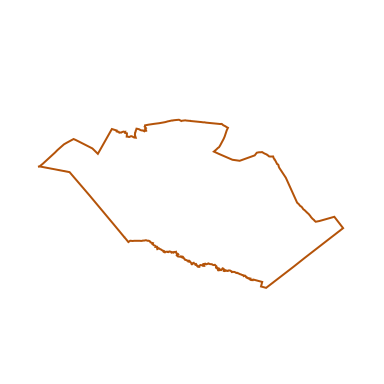 the district of Kajiado West, Rift Valley, Kenya, rotated 285°
{"feature_id": "3690345B61385295322660", "entity_name": "Kajiado West", "entity_type": "district", "adm_level": 2, "iso_a3": "KEN", "parent_name": "Kenya", "parent_adm1": "Rift Valley", "projection": "equal_earth", "projection_center": [36.295, -1.696], "detail": "fine", "context": "isolated", "style": "outline", "palette": "amber", "viewbox_px": 384, "rotation_deg": 285, "n_neighbors": 0, "source": "geoboundaries", "source_scale": "gbopen_adm2", "svg_char_len": 5957}
<svg xmlns="http://www.w3.org/2000/svg" viewBox="0 0 384 384"><g transform="rotate(285 192 192)"><path d="M263.3,210.1L263.7,208.4L264.1,207.4L264.6,204.9L265.2,203.6L265.4,203.3L265.4,202.8L265.2,202.2L265.0,201.9L264.6,199.4L263.5,192.8L262.6,187.3L262.6,186.7L262.6,186.2L262.4,185.7L262.1,184.2L262.0,183.1L260.2,172.2L260.3,172.0L260.2,171.8L259.5,167.8L259.5,167.0L258.2,163.8L257.8,163.3L257.9,163.1L258.3,161.3L258.4,160.7L257.5,158.2L256.4,155.4L256.0,154.9L256.0,154.3L254.8,152.0L254.4,151.3L254.0,150.4L252.6,148.1L251.5,145.8L251.0,144.7L250.0,142.6L248.0,137.7L245.7,132.4L244.2,129.4L243.4,129.6L242.8,129.4L242.2,130.3L242.1,130.6L241.8,131.0L240.8,130.3L240.6,130.3L240.4,130.5L240.2,131.1L239.8,131.7L239.3,131.9L239.2,131.7L239.2,131.0L239.1,130.7L238.5,130.5L238.3,130.3L238.5,129.9L238.5,129.1L238.8,128.8L238.5,127.6L238.4,127.3L238.5,126.0L238.9,124.9L238.9,122.8L238.8,122.0L237.7,122.0L236.8,121.8L236.3,121.9L235.9,121.8L235.6,121.9L235.2,121.9L234.8,121.7L234.4,121.8L234.3,121.7L233.3,121.9L232.9,121.9L232.2,122.3L231.6,122.3L231.4,122.6L229.9,123.6L229.7,122.6L229.7,121.7L230.2,119.8L230.2,118.9L229.8,118.1L229.0,117.4L228.8,116.8L228.9,115.9L228.6,114.6L231.8,114.0L231.8,112.0L232.9,111.9L232.6,111.1L232.6,110.2L231.7,108.8L231.1,108.3L231.0,107.6L230.5,106.6L230.5,106.3L231.2,105.6L231.1,104.8L230.9,104.4L231.0,103.5L231.9,103.4L232.1,98.3L204.5,91.2L206.5,87.7L208.3,84.5L211.5,69.4L212.2,66.0L212.5,63.9L207.1,58.2L204.9,56.0L197.7,51.2L194.7,49.5L180.7,40.6L177.4,38.2L176.6,36.7L177.3,38.7L179.5,68.6L161.9,94.3L139.8,125.7L131.0,138.1L130.9,138.4L130.7,138.4L130.4,138.9L130.0,139.6L127.2,143.5L128.9,144.9L129.1,145.7L129.2,146.9L130.1,149.4L130.3,150.4L131.3,154.0L131.6,155.6L132.0,156.6L132.4,157.2L132.7,158.4L133.4,159.7L133.5,160.2L133.4,161.9L133.7,162.6L133.6,162.9L133.7,163.2L133.3,164.4L132.6,164.9L132.5,167.6L132.3,167.6L131.8,167.0L131.6,167.0L130.9,168.5L130.7,168.9L130.6,170.1L130.3,170.9L130.0,171.3L129.6,171.2L129.7,171.5L129.7,171.9L130.0,172.5L129.7,172.8L129.4,172.9L129.1,172.9L129.1,173.3L128.4,173.0L127.8,173.3L127.9,173.5L128.7,173.7L129.0,174.2L129.0,174.8L128.7,175.4L128.4,177.1L128.0,178.1L127.8,179.1L127.4,179.5L127.8,179.8L127.8,180.1L127.6,180.2L127.1,180.2L126.8,180.4L126.7,180.7L126.7,180.9L126.9,181.0L126.7,181.3L126.7,181.5L126.9,181.6L127.1,181.5L127.4,181.9L127.5,182.4L127.9,183.3L127.7,183.9L127.8,184.5L128.1,184.5L128.3,185.3L128.7,185.5L128.8,185.8L128.8,186.3L128.7,187.7L128.5,187.8L128.3,187.7L128.1,187.9L128.1,188.1L128.8,188.9L129.0,189.2L128.7,189.6L128.6,189.8L128.7,190.0L129.4,190.4L129.6,190.7L129.8,191.3L129.8,191.7L130.0,192.0L129.4,192.2L128.8,192.9L128.7,193.2L128.7,193.6L128.7,194.0L128.4,194.7L128.3,194.8L127.7,193.9L127.3,193.6L127.0,193.6L126.8,193.6L126.6,194.0L126.6,194.6L126.5,194.8L126.3,194.8L126.1,195.1L126.2,195.8L126.4,197.1L126.5,197.4L126.9,197.7L127.0,198.6L127.1,199.3L127.1,199.9L126.8,200.3L126.7,200.3L126.2,199.6L126.0,200.8L125.9,201.2L125.9,201.6L125.5,202.1L125.1,202.2L124.8,202.6L124.7,203.1L124.8,204.5L124.3,205.3L124.3,205.5L124.9,206.8L124.9,207.1L124.8,207.4L124.7,207.4L124.1,206.8L123.9,206.8L124.0,207.7L124.0,208.5L123.4,209.4L123.1,209.6L123.0,209.9L122.9,210.1L122.2,210.3L122.1,210.6L122.3,210.9L123.1,211.4L123.7,211.4L123.8,211.5L123.8,211.8L124.0,212.0L123.6,212.4L123.4,213.2L123.4,213.9L123.0,213.9L122.5,214.2L122.5,214.6L122.6,214.8L123.1,215.0L122.3,215.8L122.1,216.2L121.7,216.3L121.6,216.6L121.4,216.8L121.4,217.7L121.5,217.9L121.5,218.3L121.6,218.5L122.0,218.4L122.2,218.2L122.4,218.0L122.7,218.2L123.3,218.8L123.5,218.9L123.7,219.2L123.8,220.9L123.8,221.2L123.7,221.3L123.5,221.6L123.8,222.8L124.9,222.0L124.9,221.8L125.2,221.5L125.4,221.7L125.8,223.1L126.0,223.2L126.2,223.3L126.1,223.9L125.8,224.0L125.7,224.2L126.0,224.5L126.2,225.1L126.5,225.5L127.0,225.9L127.1,226.1L127.0,226.3L127.3,226.6L127.1,227.1L127.0,228.1L127.4,229.9L127.1,230.5L127.0,231.6L127.2,232.4L127.3,232.6L127.5,232.7L127.6,232.9L126.9,234.1L126.6,234.8L126.4,235.0L126.1,234.9L125.8,234.6L125.2,234.7L125.0,234.9L124.9,235.4L125.2,236.4L125.1,237.1L125.2,237.7L124.8,238.4L124.5,238.2L124.4,237.6L124.3,237.4L124.4,237.2L124.2,236.9L123.8,236.9L123.5,237.3L123.2,237.4L123.1,237.6L123.5,238.6L123.7,239.0L123.8,239.4L124.1,239.7L124.2,240.2L124.2,240.5L124.4,240.6L124.8,240.7L125.1,241.1L125.6,241.4L126.0,241.2L126.2,241.3L126.1,242.1L126.0,242.4L125.6,242.7L124.8,242.9L124.5,243.2L124.0,243.2L124.0,243.4L124.0,243.7L124.1,244.1L124.2,244.3L124.4,244.4L124.6,244.8L125.1,244.6L125.0,245.7L124.8,246.3L124.9,246.6L125.0,246.7L125.0,247.1L125.6,247.4L126.0,248.8L125.9,249.5L125.7,250.0L125.6,250.7L125.3,251.0L124.9,251.2L124.9,251.3L125.4,252.0L125.8,253.9L125.3,255.5L125.3,255.8L125.5,256.1L125.4,256.3L125.6,256.7L125.4,257.0L125.5,257.7L125.5,258.0L125.2,258.6L125.1,259.5L125.0,259.8L125.1,260.4L124.8,261.7L124.9,262.2L124.8,263.5L124.5,263.4L124.3,263.5L124.1,263.7L124.4,264.2L124.9,264.8L124.0,266.7L123.8,266.3L123.6,266.4L123.4,267.1L123.5,268.1L123.4,268.7L123.5,269.7L123.5,269.9L123.0,269.4L122.8,270.6L122.4,271.0L122.6,272.0L122.3,272.1L122.6,273.6L123.2,273.7L123.3,273.9L123.3,283.1L118.6,283.1L118.6,288.4L146.3,309.6L157.5,317.9L196.2,347.3L204.9,335.9L196.9,322.5L195.3,319.2L195.9,317.9L196.6,317.0L197.3,315.4L198.6,313.4L199.5,312.4L201.0,310.3L201.7,308.8L203.8,305.1L203.9,304.5L204.2,303.9L204.7,303.4L206.2,301.5L206.4,300.4L207.1,299.3L207.8,298.5L208.9,296.3L230.0,279.0L237.9,270.1L239.0,269.2L240.4,268.5L240.8,268.0L241.2,266.7L241.7,266.4L244.4,263.9L244.5,263.5L245.0,263.3L245.4,262.5L245.6,262.4L246.3,261.8L247.3,261.2L246.4,257.9L246.4,256.9L247.0,256.1L247.1,255.3L247.5,254.8L247.8,253.1L247.9,252.1L248.7,249.3L248.3,248.5L247.8,246.6L247.7,246.4L246.7,244.4L243.6,243.1L234.5,230.0L233.6,222.7L235.8,207.9L236.7,202.7L239.5,204.6L241.2,205.6L242.2,206.5L244.1,207.1L251.4,208.8L254.0,209.2L260.7,209.6L263.3,210.1Z" fill="none" stroke="#b45309" stroke-width="2"/></g></svg>